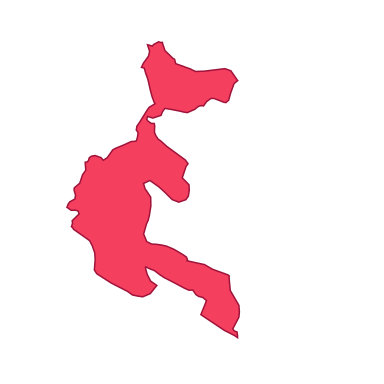 Mahalet Demna, Ad Daqahliyah, Egypt (orthographic projection), rotated 35°
{"feature_id": "37247803B51586038654960", "entity_name": "Mahalet Demna", "entity_type": "district", "adm_level": 2, "iso_a3": "EGY", "parent_name": "Egypt", "parent_adm1": "Ad Daqahliyah", "projection": "orthographic", "projection_center": [31.519, 31.09], "detail": "fine", "context": "isolated", "style": "filled", "palette": "rose", "viewbox_px": 384, "rotation_deg": 35, "n_neighbors": 0, "source": "geoboundaries", "source_scale": "gbopen_adm2", "svg_char_len": 2673}
<svg xmlns="http://www.w3.org/2000/svg" viewBox="0 0 384 384"><g transform="rotate(35 192 192)"><path d="M165.6,74.6L154.3,70.4L152.4,70.9L148.2,72.1L140.5,79.0L132.7,86.0L125.8,91.2L121.5,92.0L120.6,92.0L105.1,96.2L101.5,93.2L100.0,93.5L88.8,91.7L82.8,87.3L81.9,86.4L81.0,87.3L80.3,87.5L78.5,88.1L77.6,89.9L75.9,93.3L75.9,95.1L71.1,96.9L76.7,101.2L78.4,105.6L78.4,109.1L78.3,114.3L79.1,118.9L81.8,117.9L86.1,121.4L91.2,125.0L98.9,132.0L104.1,136.4L109.2,140.0L111.1,140.9L109.2,145.2L108.3,147.3L108.3,150.5L109.1,165.3L109.1,169.7L110.8,173.2L113.4,174.1L114.2,175.0L115.9,178.5L116.8,181.1L116.9,182.6L113.3,185.5L108.1,194.2L104.7,199.4L102.9,202.9L102.9,212.5L101.1,216.9L97.7,216.0L91.7,217.7L89.1,220.3L88.2,222.9L89.1,225.5L89.0,227.3L87.4,228.9L92.5,235.1L92.4,240.4L95.0,249.2L94.1,252.7L93.2,256.1L94.1,257.9L98.4,261.4L100.1,264.9L99.2,266.7L97.5,270.2L97.5,272.8L98.3,276.3L103.5,276.3L106.9,273.8L109.5,272.9L112.1,274.7L110.3,284.3L112.0,286.0L112.9,288.7L113.1,289.6L114.6,289.6L116.3,290.5L124.0,290.5L136.1,290.6L141.2,293.3L147.3,297.7L151.5,303.0L156.7,311.8L158.2,312.5L160.9,313.6L178.2,312.9L196.2,310.4L202.3,310.5L204.2,309.7L206.6,308.7L211.7,306.2L216.1,299.2L216.8,288.7L209.2,288.7L202.4,285.1L197.2,280.7L197.1,279.9L202.5,278.9L206.1,278.0L207.6,278.0L212.6,278.2L214.7,278.2L218.0,278.1L229.8,276.5L241.4,275.1L245.8,274.2L248.9,271.9L251.7,272.9L254.1,273.8L257.4,273.7L261.2,272.2L266.1,272.6L267.2,276.9L269.6,287.4L297.9,286.8L309.1,285.2L312.9,285.2L311.6,283.4L309.1,280.8L306.5,281.6L303.9,280.7L302.8,272.0L302.2,267.6L300.5,264.6L299.7,263.2L299.1,262.4L295.4,257.9L280.4,251.0L280.1,250.9L279.9,250.8L273.1,242.8L271.9,241.3L270.5,239.3L268.8,239.3L253.2,243.5L243.8,244.3L236.7,247.3L227.4,251.2L227.4,250.3L224.8,248.5L222.9,248.5L220.5,248.5L210.1,249.3L202.4,250.9L198.1,252.6L192.9,255.2L189.8,257.2L188.6,257.8L183.4,258.6L176.5,254.2L173.1,244.5L172.3,240.2L170.6,235.8L166.3,227.0L161.1,219.9L154.3,217.2L151.7,216.3L147.4,212.8L149.2,209.7L150.9,206.7L162.1,206.8L169.8,207.8L176.1,208.9L180.1,209.6L187.0,207.9L191.4,201.8L191.4,198.6L191.4,197.5L188.8,192.2L185.4,187.8L175.9,186.0L172.5,174.6L172.5,171.1L168.2,169.6L145.0,169.1L137.2,168.1L133.8,168.1L129.5,166.3L126.9,164.5L123.5,159.2L121.8,157.5L119.2,159.2L114.9,159.1L113.1,158.3L112.3,155.6L117.5,153.9L122.7,147.0L121.8,143.5L121.8,140.1L121.8,139.1L127.6,136.3L134.8,133.1L135.9,132.6L139.1,131.4L142.6,129.7L146.9,122.7L147.8,119.2L148.6,117.5L150.4,115.7L152.1,114.9L152.1,109.6L153.9,104.4L156.5,102.7L163.4,101.0L166.8,100.2L168.5,99.3L169.4,95.8L166.9,88.8L164.3,79.1L165.2,75.6L165.6,74.6Z" fill="#f43f5e" stroke="#9f1239" stroke-width="1.5"/></g></svg>